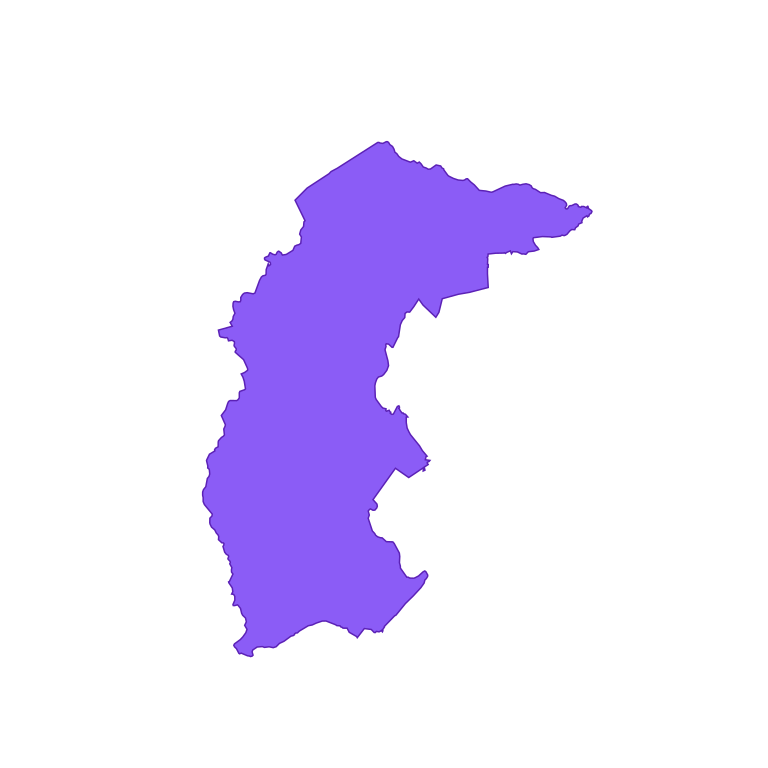 the district of Mineral del Monte, Hidalgo, Mexico, rotated 57°
{"feature_id": "50627088B71257963793973", "entity_name": "Mineral del Monte", "entity_type": "district", "adm_level": 2, "iso_a3": "MEX", "parent_name": "Mexico", "parent_adm1": "Hidalgo", "projection": "albers", "projection_center": [-98.654, 20.148], "detail": "fine", "context": "isolated", "style": "filled", "palette": "violet", "viewbox_px": 768, "rotation_deg": 57, "n_neighbors": 0, "source": "geoboundaries", "source_scale": "gbopen_adm2", "svg_char_len": 6170}
<svg xmlns="http://www.w3.org/2000/svg" viewBox="0 0 768 768"><g transform="rotate(57 384 384)"><path d="M591.0,520.3L590.3,519.3L589.3,519.7L589.2,518.6L588.0,515.9L587.5,515.7L584.2,501.3L584.4,499.9L579.8,485.6L577.6,474.6L574.9,464.0L572.8,458.8L570.6,456.4L570.3,454.6L569.2,452.3L568.1,451.4L564.3,451.1L563.0,451.6L562.8,453.5L563.8,459.6L563.4,463.7L563.1,464.8L560.8,468.1L559.1,469.0L558.4,470.1L547.3,470.5L545.5,469.4L542.3,468.4L537.2,464.7L534.1,463.2L523.3,462.3L521.2,462.6L517.5,467.9L512.1,469.3L510.8,470.9L508.6,472.6L506.2,473.4L504.4,473.2L500.9,473.8L488.0,470.4L485.9,467.7L481.9,466.4L481.3,464.4L481.4,463.4L483.9,462.0L484.8,460.3L484.0,457.6L482.9,456.2L480.9,455.3L475.0,456.2L460.9,420.3L475.9,414.2L475.7,396.5L478.3,398.5L478.6,396.6L475.6,395.5L475.6,390.8L473.7,390.8L473.2,390.3L473.5,388.3L473.1,387.1L470.0,390.6L467.8,388.3L468.0,387.2L460.8,388.1L455.2,387.9L440.9,389.4L437.9,389.2L433.6,388.6L428.6,386.4L423.9,383.4L424.6,382.0L421.1,382.5L419.4,383.9L418.8,383.7L418.0,384.7L414.8,384.9L413.3,384.6L412.6,384.9L411.9,383.6L410.4,383.4L410.1,385.0L414.3,392.5L413.8,393.9L412.1,394.7L411.4,393.7L410.8,394.1L408.8,394.0L408.2,396.7L407.3,397.0L405.9,395.8L403.6,398.0L401.5,398.5L392.8,399.0L390.5,398.6L380.6,392.7L378.3,390.5L375.9,387.3L375.1,384.9L376.1,381.5L375.9,379.2L374.1,374.2L371.1,370.2L366.7,368.1L356.4,364.7L355.5,364.2L353.7,361.9L352.2,361.3L351.5,360.2L353.1,358.4L357.6,357.3L358.1,356.5L352.5,347.1L352.3,346.1L343.2,338.0L340.7,334.1L339.6,330.4L336.3,327.9L336.1,325.5L337.7,323.3L335.4,316.9L331.7,308.6L339.0,308.3L356.3,304.2L353.8,298.9L344.2,288.7L349.3,272.6L353.7,262.4L359.8,244.0L347.9,237.2L342.4,233.6L342.8,233.0L340.6,231.5L340.1,232.1L335.5,228.8L333.9,228.5L333.9,227.6L331.7,225.9L335.2,219.0L339.5,212.1L339.4,211.7L340.7,210.9L340.4,209.9L341.2,205.5L344.2,206.2L343.2,203.8L345.9,200.2L350.1,197.6L350.9,196.1L352.5,194.4L351.7,190.9L354.3,185.6L355.5,180.9L353.4,180.8L350.1,181.4L345.9,181.2L343.4,180.0L342.7,179.0L346.6,170.9L351.3,164.2L352.4,163.3L356.0,155.7L356.1,153.6L357.7,152.1L358.0,150.7L358.1,149.0L356.8,144.7L356.7,142.4L358.5,140.0L357.3,138.3L357.1,135.1L355.9,133.7L356.5,130.1L355.1,129.4L353.3,126.6L353.4,122.2L354.7,122.3L354.7,120.6L353.5,119.3L353.7,117.5L352.7,115.7L351.7,115.5L348.2,116.9L346.1,116.2L345.8,116.5L346.0,117.5L346.8,118.0L343.9,119.8L342.7,121.6L343.0,122.7L341.0,124.4L340.4,124.0L339.1,124.0L337.6,124.8L337.0,126.0L336.6,129.4L335.8,130.8L335.7,131.8L337.0,134.6L336.4,135.9L334.9,136.1L333.5,133.4L331.8,132.7L329.4,133.0L327.6,133.6L323.8,136.4L319.4,138.6L316.9,140.9L310.8,145.1L308.8,148.5L303.2,151.0L301.5,152.4L300.0,152.9L298.1,152.6L295.9,153.6L293.5,155.8L292.1,158.8L291.2,161.7L289.6,162.6L288.2,164.2L287.2,166.6L286.7,167.0L284.0,174.6L282.1,188.2L281.6,189.6L277.7,193.4L273.5,198.6L266.2,199.8L261.6,201.3L257.4,202.1L256.7,203.3L256.8,205.3L256.3,206.9L253.3,210.7L249.4,213.8L245.2,216.3L244.0,216.8L237.2,217.2L236.0,216.8L234.4,217.7L232.0,217.7L228.7,221.0L229.0,227.9L228.0,229.9L225.8,231.0L223.4,232.9L219.6,233.0L217.1,233.5L216.9,235.9L213.0,237.4L212.3,241.1L205.0,246.4L201.2,247.7L197.7,247.8L195.6,248.6L192.4,247.7L189.4,247.5L186.4,248.7L183.9,248.6L182.7,249.1L182.0,250.2L181.6,253.9L179.8,256.0L178.6,256.7L178.0,257.8L177.6,305.7L177.0,312.7L177.7,315.6L177.8,341.7L181.4,358.5L204.1,361.3L204.4,362.8L208.1,365.7L209.5,369.9L211.9,372.6L212.4,373.1L215.7,373.2L220.7,377.2L220.8,379.4L220.1,381.4L219.8,383.8L222.3,387.6L222.1,395.4L220.5,399.0L218.0,398.8L215.3,399.9L215.1,400.5L215.3,401.9L216.5,403.8L216.3,405.0L214.6,406.6L212.0,407.8L211.8,408.2L213.7,411.3L213.1,414.5L213.2,415.5L214.0,416.1L215.2,416.2L219.7,413.3L220.5,413.3L222.0,414.1L222.2,416.1L220.2,415.7L223.9,420.5L227.7,423.1L228.2,424.1L227.3,426.7L227.5,428.6L229.3,431.9L237.4,442.7L237.1,444.6L232.9,449.0L231.7,451.6L231.9,453.8L233.4,457.0L235.7,458.4L236.7,459.7L236.0,461.2L233.6,463.7L233.1,465.2L234.0,466.5L236.6,468.4L239.6,469.6L243.5,470.5L245.2,473.6L247.5,475.6L248.4,477.5L248.5,479.5L252.9,479.8L248.6,493.5L254.2,495.7L255.7,495.3L258.8,492.0L259.6,490.4L260.7,490.2L263.1,490.9L264.6,487.6L266.9,486.4L268.4,487.2L269.9,488.7L270.9,489.0L273.8,488.7L275.0,489.4L275.6,491.0L276.4,491.5L287.1,488.5L296.4,489.9L297.6,490.4L298.2,491.0L298.4,494.7L297.8,498.3L301.5,498.6L305.6,499.7L312.6,502.8L312.9,503.9L311.7,508.9L312.5,510.1L316.8,512.9L317.7,515.1L317.7,516.6L314.1,522.0L314.0,523.8L315.1,525.6L319.4,530.9L321.8,537.6L331.7,539.2L332.8,540.2L334.5,542.9L339.8,545.6L340.3,547.0L340.3,549.5L341.4,553.6L342.3,554.6L346.3,557.3L346.1,560.4L346.9,561.9L348.0,562.3L347.8,568.6L351.1,574.0L351.6,574.6L356.8,576.4L358.4,577.6L359.7,577.1L361.0,577.3L364.6,579.2L366.2,581.1L367.0,583.6L373.1,589.4L374.2,592.8L375.8,594.9L378.5,596.7L380.7,597.5L384.1,599.7L387.3,600.3L399.6,598.9L401.0,600.2L401.7,603.1L405.5,605.7L406.9,606.2L410.1,606.6L414.2,605.4L417.6,605.8L420.2,605.4L421.9,605.7L424.4,607.6L428.9,606.5L429.7,605.3L430.5,605.1L431.8,606.0L432.5,607.5L438.2,609.2L440.9,609.0L443.0,607.9L444.3,608.4L445.3,609.9L446.1,610.2L448.9,609.7L450.0,610.1L450.8,611.3L455.1,611.6L456.8,613.2L458.7,614.3L461.1,614.2L465.4,621.2L465.3,622.1L466.2,622.4L472.4,622.3L475.8,623.9L477.2,626.2L478.5,624.7L480.8,624.8L484.0,626.8L486.7,630.8L487.7,631.1L488.5,630.0L489.4,627.2L490.3,626.9L494.1,626.6L498.8,628.3L501.0,628.5L504.8,627.6L508.5,629.0L510.5,632.3L515.1,632.5L517.3,635.3L519.2,640.1L520.1,643.8L520.5,650.9L521.3,652.3L523.1,652.5L525.6,651.9L530.8,652.4L531.6,652.1L532.0,650.3L537.6,646.5L539.0,644.9L539.8,644.5L540.2,643.5L540.4,642.8L540.1,641.5L536.8,640.5L535.6,639.0L535.5,633.6L538.0,629.0L539.8,627.7L541.8,623.5L544.8,620.5L545.6,617.5L544.6,613.0L545.3,608.0L544.8,599.4L545.6,597.0L545.5,595.6L544.9,595.2L544.7,593.9L545.6,592.1L545.1,589.6L545.5,579.1L547.0,575.4L547.6,571.1L549.2,564.9L551.2,561.7L559.4,555.8L561.0,555.1L562.8,552.6L564.0,552.6L565.6,551.5L566.4,551.4L568.7,547.9L573.3,548.4L580.9,544.5L582.2,544.6L578.4,533.7L582.9,528.4L587.0,527.6L587.7,526.8L587.4,525.1L589.2,523.1L589.4,520.6L591.0,520.3Z" fill="#8b5cf6" stroke="#5b21b6" stroke-width="1.5"/></g></svg>